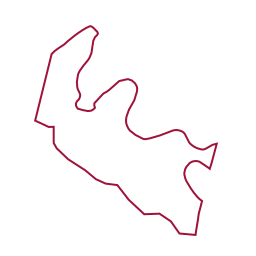 Lake, Tennessee, United States of America, rotated 105°
{"feature_id": "52423323B1781163354371", "entity_name": "Lake", "entity_type": "district", "adm_level": 2, "iso_a3": "USA", "parent_name": "United States of America", "parent_adm1": "Tennessee", "projection": "robinson", "projection_center": [-89.539, 36.344], "detail": "fine", "context": "isolated", "style": "outline", "palette": "rose", "viewbox_px": 256, "rotation_deg": 105, "n_neighbors": 0, "source": "geoboundaries", "source_scale": "gbopen_adm2", "svg_char_len": 1661}
<svg xmlns="http://www.w3.org/2000/svg" viewBox="0 0 256 256"><g transform="rotate(105 128 128)"><path d="M76.3,220.9L144.9,219.6L147.5,204.9L146.1,200.1L161.7,195.9L166.1,191.6L173.7,177.7L179.9,158.4L185.7,145.9L187.5,135.3L185.9,123.5L197.1,108.8L207.1,90.0L202.6,75.4L207.1,62.4L216.6,51.0L213.8,35.1L208.7,35.7L197.3,36.8L196.5,37.0L192.0,37.5L185.8,37.5L179.3,37.6L178.1,40.6L176.6,43.2L173.5,47.6L169.9,51.9L164.2,57.8L161.9,59.6L158.4,61.5L156.6,62.0L152.9,62.1L150.6,61.6L145.9,59.4L143.7,57.1L142.5,54.5L142.1,52.7L142.0,51.0L142.3,49.5L145.6,40.0L146.3,38.5L142.8,38.3L140.1,38.2L120.2,38.2L122.4,42.0L128.2,47.9L129.2,49.5L129.7,51.4L129.6,56.3L129.0,59.2L127.8,62.4L127.0,63.9L126.0,65.3L119.4,71.2L118.1,72.8L117.3,75.0L117.1,77.5L117.2,79.6L117.7,81.6L118.6,83.7L126.9,95.2L132.4,104.3L134.2,108.1L134.6,110.0L134.5,110.9L132.8,118.9L130.0,125.5L128.2,127.7L126.1,129.5L123.8,131.0L120.7,132.0L117.4,132.4L109.9,131.8L99.6,129.1L90.4,128.8L87.9,129.2L85.5,130.3L83.0,132.8L81.1,136.6L80.8,140.4L81.3,141.8L84.9,148.6L95.6,155.7L98.3,157.8L101.1,160.7L112.8,166.9L115.3,166.3L116.6,165.3L117.5,165.3L120.0,167.1L120.9,168.3L122.0,171.1L122.4,176.2L122.3,181.6L120.2,183.8L119.0,184.3L117.5,184.6L115.4,184.2L113.2,182.9L111.0,182.5L109.0,182.6L107.6,183.1L103.3,186.7L101.6,187.6L96.8,189.3L89.5,190.1L87.5,189.9L85.2,189.4L78.8,187.0L72.8,184.2L70.2,183.4L65.2,182.7L52.8,184.1L48.8,183.4L46.3,181.9L44.4,181.5L42.8,182.8L42.2,184.1L40.4,187.0L39.5,189.0L39.4,190.0L39.5,191.0L39.9,191.6L42.2,194.3L45.7,197.7L49.3,200.8L52.0,203.0L59.5,208.5L64.0,211.4L68.9,215.8L72.7,218.8L76.3,220.9Z" fill="none" stroke="#9f1239" stroke-width="2"/></g></svg>